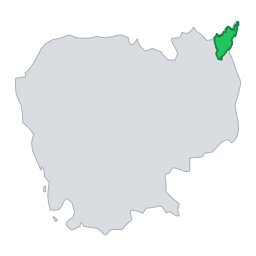 Ta Veaeng, Rôtânôkiri, Cambodia (highlighted)
{"feature_id": "14789045B64125639781639", "entity_name": "Ta Veaeng", "entity_type": "district", "adm_level": 2, "iso_a3": "KHM", "parent_name": "Cambodia", "parent_adm1": "Rôtânôkiri", "projection": "natural_earth1", "projection_center": [107.276, 14.308], "detail": "fine", "context": "in_parent", "style": "filled", "palette": "green", "viewbox_px": 256, "rotation_deg": 0, "n_neighbors": 0, "source": "geoboundaries", "source_scale": "gbopen_adm2", "svg_char_len": 7019}
<svg xmlns="http://www.w3.org/2000/svg" viewBox="0 0 256 256"><path d="M237.0,21.0L237.6,23.8L235.8,29.0L233.9,33.7L230.4,37.8L230.2,40.8L229.0,49.9L229.4,52.7L230.3,55.2L231.4,56.5L234.5,65.4L237.4,73.4L240.1,80.0L240.6,84.2L238.1,94.8L235.1,104.5L235.4,109.4L236.6,114.2L238.0,120.7L238.5,128.9L237.8,134.3L236.4,137.7L233.9,141.1L231.6,142.9L228.9,140.0L226.8,139.8L223.9,140.7L221.6,142.0L217.0,147.1L211.9,152.0L204.8,153.2L202.0,156.9L199.1,157.4L193.4,157.6L189.8,158.4L189.9,160.2L189.6,168.9L189.7,170.9L189.1,171.4L186.6,171.7L182.3,170.4L176.5,168.2L172.4,167.9L170.2,171.7L169.0,173.1L167.4,173.4L165.7,174.0L165.2,175.7L165.1,177.8L165.8,181.4L166.1,187.1L165.9,191.0L167.4,193.5L176.3,201.7L178.9,203.8L179.2,205.1L177.7,209.6L179.1,215.9L176.3,215.8L171.6,213.0L169.4,211.4L166.7,212.7L165.8,212.5L164.0,209.3L161.6,206.2L159.1,206.0L154.0,207.2L148.7,208.1L146.6,208.1L145.8,208.6L142.7,213.4L141.4,212.6L136.1,210.8L131.3,210.1L130.2,211.3L130.8,215.2L131.9,218.9L131.3,220.5L128.6,222.5L125.0,226.1L122.9,228.8L121.4,229.5L116.0,229.4L110.6,229.8L108.5,232.4L106.5,234.4L104.7,235.0L97.7,228.5L83.8,226.3L82.3,223.4L81.0,222.8L79.7,226.6L72.0,230.1L68.8,228.0L66.5,225.4L66.9,222.2L69.1,219.6L72.9,217.7L74.7,211.1L71.8,202.7L69.3,200.3L66.6,198.4L63.8,201.5L61.4,206.8L58.9,209.6L55.4,210.2L50.3,210.0L48.4,202.0L47.8,195.2L48.5,187.3L49.3,182.7L44.4,176.3L44.1,170.3L41.8,167.1L41.1,168.7L41.1,170.5L40.5,169.2L32.8,151.4L31.5,143.1L32.9,136.7L33.7,134.6L31.5,131.3L28.3,127.5L22.8,122.5L22.5,114.6L21.3,105.3L19.6,102.1L17.1,96.4L15.8,91.7L15.4,79.1L16.1,78.1L20.0,77.7L25.1,76.8L25.9,74.8L25.0,73.1L28.2,70.3L32.9,64.1L36.5,57.5L39.1,53.4L40.6,49.4L45.8,43.6L53.0,39.6L57.9,38.7L63.0,37.3L67.8,35.4L70.1,35.2L76.1,37.5L79.4,38.1L82.8,38.1L86.4,38.3L89.4,38.1L96.8,36.5L104.6,37.7L111.6,36.7L120.3,34.8L124.5,36.0L128.4,37.9L128.9,41.7L129.8,43.5L131.1,44.8L132.8,44.8L135.1,42.2L136.9,39.4L137.5,38.9L137.6,40.3L138.5,43.2L140.1,46.2L141.8,48.1L144.6,50.7L146.4,50.8L152.3,48.4L161.2,51.9L162.2,53.7L165.1,57.3L168.2,59.9L175.1,60.1L177.6,53.7L176.4,49.8L172.4,43.1L171.4,39.1L172.6,38.4L179.3,37.6L180.4,36.8L181.9,32.4L183.7,32.9L187.4,33.5L191.3,30.5L193.6,27.3L194.9,28.8L196.3,31.0L197.8,32.3L200.6,34.2L203.7,36.8L205.6,39.5L207.2,40.5L211.1,39.7L212.2,39.8L214.5,36.7L216.1,34.9L217.5,35.4L219.5,35.4L223.6,31.3L226.0,27.6L227.3,26.6L231.0,28.5L232.5,28.1L234.6,23.0L237.0,21.0ZM45.8,191.5L45.0,191.9L44.3,191.9L43.6,191.2L43.7,188.3L44.2,186.6L45.5,186.2L45.8,191.5ZM57.4,219.7L55.8,221.6L53.3,217.6L53.3,216.5L57.4,219.7Z" fill="#d9dde1" stroke="#a8b0b8" stroke-width="1"/><path d="M229.4,49.6L229.6,49.3L229.6,49.1L229.9,48.7L229.9,48.4L230.1,48.3L230.3,48.0L230.1,47.7L230.5,47.2L230.8,47.3L230.9,47.2L231.0,47.0L231.0,46.9L231.1,46.6L231.3,46.2L231.4,45.9L231.5,45.7L231.7,45.4L231.8,45.0L232.2,44.4L231.9,43.7L232.0,43.4L232.2,43.2L232.3,43.0L232.3,42.7L232.2,42.5L232.3,42.3L232.2,42.2L232.1,41.9L232.2,41.3L232.1,41.1L231.9,41.1L231.9,40.9L231.8,40.6L231.5,40.4L231.5,40.0L231.5,39.8L231.8,39.6L232.0,39.1L232.2,38.9L232.3,38.4L232.2,38.1L232.4,38.1L232.5,38.1L233.1,37.4L233.3,37.2L233.5,37.2L233.6,36.9L233.6,36.6L233.7,36.4L233.8,36.1L234.0,35.3L234.1,35.5L234.4,35.6L234.4,35.9L234.5,35.9L234.8,36.0L235.0,35.8L235.2,36.0L235.3,36.1L235.6,36.0L235.7,35.9L235.7,35.5L235.7,35.4L235.7,35.2L235.7,34.8L235.8,34.5L236.0,34.5L236.0,34.4L236.2,33.8L236.2,33.6L236.4,33.3L236.2,33.1L236.3,32.7L236.4,32.0L236.6,31.8L236.6,31.4L236.7,31.1L236.4,30.8L236.6,30.7L236.8,30.7L237.0,30.4L237.1,30.0L237.1,29.8L237.1,29.7L237.3,29.4L237.3,29.1L237.5,28.9L237.4,28.8L237.5,28.6L237.4,28.3L237.2,28.2L237.1,27.9L237.1,27.7L237.1,27.2L236.9,27.0L236.9,26.9L237.1,26.8L237.1,26.7L237.2,26.3L237.4,26.4L237.5,26.3L237.8,26.1L238.0,25.9L238.1,25.7L238.2,25.4L238.3,25.4L238.5,25.2L238.6,24.8L238.6,24.5L238.4,24.3L238.3,24.2L238.3,23.7L238.2,23.6L238.2,23.4L238.3,23.3L238.5,23.3L238.5,22.9L238.3,22.7L238.2,22.4L238.3,22.3L238.5,22.0L238.5,21.9L238.2,21.9L238.0,22.0L237.8,21.8L237.7,21.8L237.4,22.1L237.2,22.2L237.2,22.3L237.1,22.5L237.2,23.1L237.1,23.3L236.9,23.8L236.5,24.1L236.4,24.3L236.2,24.4L236.2,24.5L236.0,24.9L235.9,24.9L235.8,25.2L235.7,25.2L235.2,25.0L234.8,25.2L234.7,25.4L234.6,25.6L234.6,25.8L234.8,26.4L234.7,26.7L234.6,26.8L234.4,26.7L234.1,26.9L234.1,27.0L234.3,27.4L234.2,27.9L234.3,28.1L234.2,28.2L234.2,28.4L234.1,28.6L233.9,28.8L234.0,29.0L233.9,29.2L234.0,29.4L234.1,29.5L233.9,29.8L233.6,29.9L233.5,30.0L233.1,29.9L232.8,29.9L232.6,29.6L232.3,29.4L232.2,29.4L231.7,29.1L231.6,29.3L231.6,29.2L231.3,29.4L231.2,29.2L230.9,29.2L230.7,29.1L230.5,28.9L230.3,28.5L230.4,28.2L230.3,27.9L230.2,27.8L230.1,27.6L229.8,27.5L229.7,27.4L229.4,27.2L228.8,26.7L228.4,26.9L228.2,26.8L227.6,26.9L227.4,27.0L227.1,27.2L227.1,27.3L227.2,27.5L226.9,27.7L226.9,28.1L227.0,28.3L226.9,28.5L226.8,28.8L226.6,29.2L226.4,29.1L226.1,29.1L225.9,29.1L226.0,29.3L225.9,29.3L225.9,29.5L225.8,29.8L225.8,30.0L225.6,30.1L225.7,30.3L225.6,30.7L225.7,30.8L225.7,31.2L225.8,31.4L225.8,31.6L225.7,31.8L225.5,32.0L225.4,32.1L225.2,32.1L225.0,32.3L224.7,32.2L224.3,32.1L224.2,32.0L224.1,31.8L223.7,31.8L223.7,32.1L223.5,32.3L223.4,32.4L223.4,32.6L223.2,32.9L223.3,33.7L223.1,34.0L222.9,34.4L222.6,34.4L222.5,34.6L222.3,34.6L222.3,35.0L222.2,35.1L221.9,35.4L221.7,35.5L221.6,35.2L221.3,35.1L221.0,35.6L220.9,35.5L220.6,35.5L220.5,36.0L220.2,35.9L220.2,36.0L220.0,36.4L219.6,36.6L219.4,36.3L219.1,36.5L218.8,36.6L218.7,36.5L218.7,36.4L218.6,36.5L218.4,36.5L218.3,36.2L218.2,36.1L218.2,35.8L218.1,35.7L218.2,35.1L218.1,34.9L217.9,34.9L217.8,34.7L217.5,34.3L217.1,34.3L216.9,34.0L216.6,33.8L216.4,33.9L216.4,34.0L216.6,34.3L216.6,34.7L216.8,34.9L216.8,35.1L216.8,35.4L216.6,35.5L216.4,35.6L216.2,35.9L216.0,36.0L215.8,36.1L215.6,36.4L215.4,36.6L215.5,36.8L215.2,37.0L215.0,37.6L214.9,37.7L214.7,38.5L214.4,38.3L214.5,38.9L214.4,39.2L214.5,39.7L214.5,40.0L214.4,40.3L214.4,40.7L214.5,40.9L214.4,41.1L214.4,41.4L214.4,41.5L214.5,42.2L214.7,42.5L215.0,42.7L215.2,42.9L215.0,43.2L215.2,43.7L215.3,45.1L215.7,45.6L215.9,46.0L216.0,46.0L216.2,46.3L215.9,46.9L216.0,46.9L216.0,47.1L216.1,47.4L216.2,47.8L216.3,47.9L216.2,48.0L216.3,48.1L216.5,48.3L216.5,48.5L216.9,48.5L217.0,48.6L217.1,48.9L217.3,48.9L217.4,49.1L217.4,49.5L217.2,49.6L217.0,50.0L217.2,50.3L217.3,50.3L217.6,50.4L217.6,50.6L217.7,50.9L217.7,51.1L217.5,51.3L217.4,51.6L217.1,51.5L216.9,51.6L216.8,51.9L216.1,53.2L216.1,53.6L216.0,54.0L216.4,54.8L216.5,55.1L216.7,55.4L216.8,55.8L217.2,56.5L217.6,57.3L217.9,58.7L218.0,58.9L218.2,59.1L218.5,59.2L218.9,59.3L219.1,59.2L219.7,59.3L221.0,59.8L221.7,59.9L221.8,59.7L221.7,59.6L221.4,59.4L221.6,59.3L221.5,59.2L221.5,58.8L221.7,58.6L221.6,58.3L221.7,58.2L221.7,57.9L221.8,57.8L221.8,57.7L222.0,57.6L221.9,57.6L222.0,57.5L221.9,57.4L221.9,57.1L221.8,56.9L221.7,56.9L221.9,56.5L221.7,56.5L221.8,56.4L222.7,56.1L223.8,55.0L224.8,54.0L225.0,53.6L225.2,53.1L225.4,53.0L225.5,52.8L225.9,52.4L226.6,51.2L227.4,50.0L228.4,49.5L228.6,49.6L228.9,49.6L229.4,49.6Z" fill="#22c55e" stroke="#15803d" stroke-width="1.5"/></svg>